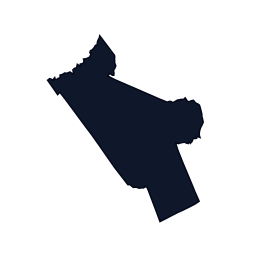 the district of Peabiru, Paraná, Brazil, rotated 200°
{"feature_id": "56859067B78247046057010", "entity_name": "Peabiru", "entity_type": "district", "adm_level": 2, "iso_a3": "BRA", "parent_name": "Brazil", "parent_adm1": "Paraná", "projection": "equal_earth", "projection_center": [-52.308, -23.93], "detail": "fine", "context": "isolated", "style": "filled", "palette": "ink", "viewbox_px": 256, "rotation_deg": 200, "n_neighbors": 0, "source": "geoboundaries", "source_scale": "gbopen_adm2", "svg_char_len": 1857}
<svg xmlns="http://www.w3.org/2000/svg" viewBox="0 0 256 256"><g transform="rotate(200 128 128)"><path d="M57.1,143.7L58.8,146.0L59.7,149.4L59.9,153.1L59.5,156.0L59.3,159.2L61.1,162.1L62.5,164.1L63.5,166.5L65.5,169.5L67.0,171.7L68.7,173.9L70.3,174.4L73.3,174.7L74.8,175.7L76.0,176.4L77.9,175.2L78.9,174.1L80.2,173.4L81.8,173.7L82.9,174.7L84.6,175.9L85.4,174.0L88.2,172.9L89.6,171.9L90.9,171.3L92.4,169.6L93.4,168.3L95.0,167.1L96.7,167.7L98.3,167.1L100.0,165.7L106.6,165.9L110.6,166.1L113.2,166.3L143.3,168.1L156.6,168.9L164.7,169.9L163.9,173.0L162.4,172.7L160.7,172.2L159.4,172.7L159.9,174.7L161.4,177.3L160.9,179.0L160.7,182.1L161.9,183.7L163.0,184.9L163.5,186.7L164.3,188.3L164.7,190.1L165.6,191.7L186.1,205.0L185.8,203.0L186.2,200.3L186.1,198.0L185.4,195.7L186.9,194.4L187.2,192.2L188.3,189.3L189.7,187.8L189.6,185.7L188.2,185.4L188.2,181.8L189.3,180.4L191.1,178.8L193.4,177.6L192.4,176.1L191.9,174.2L193.4,172.5L194.7,171.8L194.1,169.7L197.4,170.5L197.1,168.6L197.1,166.4L198.4,166.1L199.7,163.9L198.5,161.9L197.7,160.3L199.6,160.2L201.7,160.8L204.2,158.5L206.4,158.0L207.8,156.0L209.9,154.6L209.1,152.0L210.6,150.8L211.6,149.2L213.0,148.7L214.1,150.3L215.2,147.1L216.7,147.6L218.5,147.6L219.9,145.4L218.4,144.4L205.5,135.3L204.3,138.3L196.6,133.5L192.8,131.0L185.1,125.9L181.2,123.3L178.8,121.7L168.2,114.7L160.3,109.6L157.0,107.3L149.5,102.1L127.2,86.4L108.7,74.7L106.7,75.5L105.0,74.8L102.8,74.0L101.2,74.7L99.5,75.3L97.8,75.1L96.4,75.5L94.6,76.5L92.9,77.0L91.6,78.8L90.2,79.0L88.3,77.2L72.9,59.3L65.9,51.0L53.0,65.0L47.6,70.3L39.0,79.5L36.1,83.5L44.1,91.8L45.6,93.6L50.6,99.0L66.0,115.7L73.8,124.5L78.1,130.1L76.5,130.4L75.0,130.7L73.8,131.8L72.2,132.7L70.3,134.0L67.8,133.8L66.1,134.0L65.8,136.3L64.2,134.9L63.2,137.2L63.2,139.0L63.0,140.8L61.5,140.9L60.0,141.9L59.9,143.9L57.1,143.7Z" fill="#0f172a" stroke="#020617" stroke-width="1.5"/></g></svg>